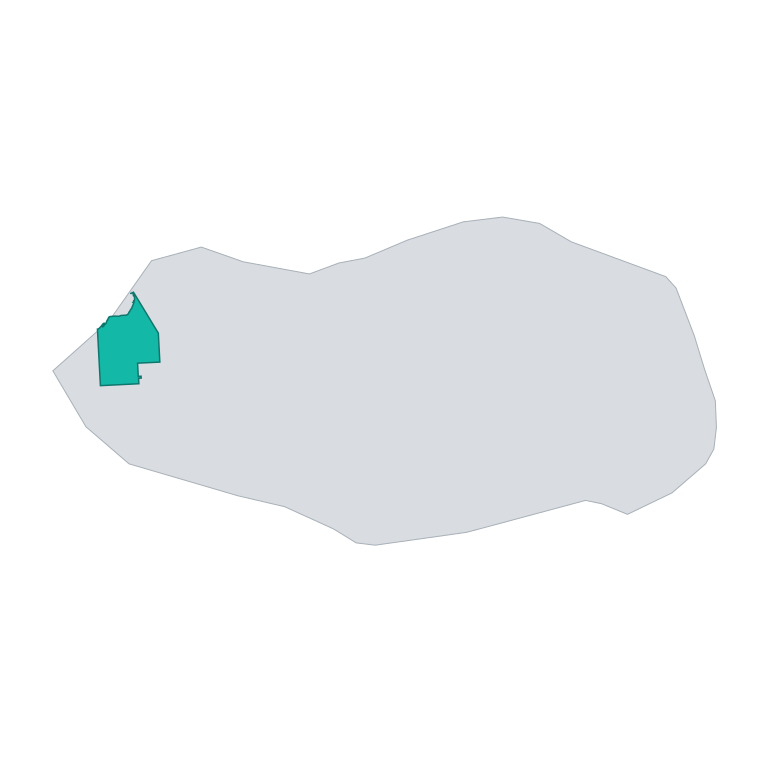 77, Madinat ach Shamal, Qatar shown in context, rotated 267°
{"feature_id": "91078587B75856753740390", "entity_name": "77", "entity_type": "district", "adm_level": 2, "iso_a3": "QAT", "parent_name": "Qatar", "parent_adm1": "Madinat ach Shamal", "projection": "albers", "projection_center": [51.407, 25.968], "detail": "fine", "context": "in_parent", "style": "filled", "palette": "teal", "viewbox_px": 768, "rotation_deg": 267, "n_neighbors": 0, "source": "geoboundaries", "source_scale": "gbopen_adm2", "svg_char_len": 3063}
<svg xmlns="http://www.w3.org/2000/svg" viewBox="0 0 768 768"><g transform="rotate(267 384 384)"><path d="M415.9,696.4L381.9,704.9L349.9,714.0L323.2,713.7L301.8,710.0L287.5,701.1L260.2,665.9L241.1,620.3L253.1,594.9L257.2,579.1L231.6,459.0L223.5,366.8L226.8,347.9L241.8,326.2L266.7,278.3L280.1,232.0L317.6,125.2L356.9,84.1L414.5,54.0L461.8,113.1L519.3,158.3L530.3,208.7L513.4,249.8L497.8,315.2L507.2,345.3L510.7,371.3L526.5,415.0L541.8,471.7L544.5,511.2L536.2,547.8L516.1,578.6L476.4,671.1L464.5,680.7L415.9,696.4Z" fill="#d9dde1" stroke="#a8b0b8" stroke-width="1"/><path d="M446.3,161.3L446.6,161.3L481.8,142.4L488.4,138.8L488.2,138.7L487.9,138.5L487.6,138.6L487.6,138.9L487.4,138.9L487.3,139.0L487.0,139.0L486.6,139.1L486.5,138.9L488.2,137.8L488.3,137.8L488.4,137.6L488.2,137.6L487.7,136.0L487.7,135.9L487.0,135.8L487.7,136.0L488.1,137.5L487.9,137.9L487.2,138.3L486.4,138.7L486.0,138.7L486.3,138.7L486.4,138.9L486.3,139.0L486.1,139.2L485.8,139.2L485.4,139.3L485.1,139.2L484.9,139.2L485.0,138.8L485.0,138.7L485.9,138.4L486.0,138.3L485.9,138.3L485.7,138.4L485.4,138.4L485.2,138.4L485.1,138.5L484.7,139.3L483.2,139.4L481.7,139.3L481.3,139.3L481.0,139.2L480.8,139.1L480.6,138.9L480.8,138.4L481.0,138.4L480.8,138.4L480.6,138.9L480.5,139.0L480.4,139.1L479.8,139.0L478.7,138.5L478.5,138.4L478.6,137.9L478.7,137.7L478.8,137.7L478.7,137.6L478.6,137.8L478.4,138.4L478.1,138.4L477.7,138.2L477.3,138.0L477.0,137.9L476.6,137.7L476.4,137.7L475.7,137.3L475.3,137.2L475.1,137.0L474.6,136.8L474.5,136.7L474.1,136.5L473.9,136.4L473.3,136.2L473.2,136.1L472.8,135.9L472.5,135.7L472.2,135.4L472.0,135.2L471.8,135.1L471.5,135.0L471.4,134.8L471.2,134.6L470.7,134.3L470.3,134.1L469.7,133.8L469.7,133.7L469.4,133.4L469.2,133.3L469.2,133.2L468.8,133.0L468.3,132.7L468.1,132.6L467.7,132.4L467.4,132.2L466.9,131.6L466.7,131.2L466.2,130.1L466.1,129.9L466.3,129.2L466.2,125.0L466.1,124.7L466.1,124.4L465.8,123.9L465.8,123.7L465.6,123.2L465.6,122.9L465.5,122.5L465.7,121.0L465.7,119.8L465.9,119.4L465.8,116.7L465.7,113.9L465.4,113.2L465.2,113.2L465.2,112.9L465.0,112.7L464.6,112.6L464.6,112.4L464.2,112.2L463.9,112.0L463.3,111.8L463.2,111.7L462.7,111.5L462.7,111.3L462.0,111.1L462.0,110.9L461.8,110.7L461.5,110.6L461.4,110.5L460.8,110.3L460.7,110.2L460.2,110.1L459.9,109.8L459.5,109.8L459.5,109.6L459.0,109.4L458.7,109.2L458.5,108.8L458.2,108.7L458.1,108.3L457.5,107.8L457.5,107.5L457.3,107.5L457.1,107.4L456.9,107.3L456.9,107.1L456.8,106.8L456.2,106.7L456.0,106.4L455.8,106.0L455.8,105.8L456.0,105.7L456.3,105.6L456.4,106.4L456.7,106.1L456.6,105.6L457.0,106.3L457.4,106.5L457.6,106.7L457.7,106.8L458.2,107.1L458.8,106.9L459.0,107.4L459.0,107.6L459.1,107.8L459.3,107.8L459.3,107.4L459.2,107.3L459.1,106.9L458.6,106.4L458.1,106.0L457.3,105.3L457.0,105.1L456.7,104.8L456.3,104.4L456.0,104.1L455.7,103.7L455.3,103.4L454.8,102.8L454.6,102.6L454.2,102.0L454.0,101.7L453.8,101.4L453.7,101.0L453.8,100.8L453.8,100.7L397.2,100.7L397.1,139.2L402.6,139.2L402.6,141.8L404.5,141.8L404.5,139.0L417.7,139.0L417.6,161.3L433.3,161.3L446.3,161.3Z" fill="#14b8a6" stroke="#0f766e" stroke-width="1.5"/></g></svg>